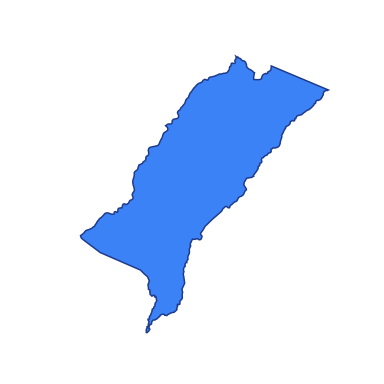 the district of Valle Viejo, Catamarca, Argentina, rotated 23°
{"feature_id": "61730980B26555197201604", "entity_name": "Valle Viejo", "entity_type": "district", "adm_level": 2, "iso_a3": "ARG", "parent_name": "Argentina", "parent_adm1": "Catamarca", "projection": "natural_earth1", "projection_center": [-65.688, -28.627], "detail": "fine", "context": "isolated", "style": "filled", "palette": "blue", "viewbox_px": 384, "rotation_deg": 23, "n_neighbors": 0, "source": "geoboundaries", "source_scale": "gbopen_adm2", "svg_char_len": 6027}
<svg xmlns="http://www.w3.org/2000/svg" viewBox="0 0 384 384"><g transform="rotate(23 192 192)"><path d="M242.1,152.2L242.9,149.4L242.9,148.8L243.2,148.4L243.7,145.0L243.6,144.2L243.2,143.4L242.9,142.9L243.6,141.9L243.8,141.3L243.9,140.7L243.3,139.5L243.4,138.9L243.6,138.6L244.4,138.1L244.4,136.7L243.2,135.0L243.1,133.6L244.2,132.4L244.4,131.9L244.4,131.6L245.2,130.0L245.6,129.7L246.1,129.0L246.9,128.3L246.9,127.2L247.8,125.6L248.5,125.4L249.1,124.3L249.0,123.4L248.3,122.8L248.2,121.7L248.5,121.5L249.6,119.5L251.2,119.1L253.3,117.4L254.1,116.0L254.3,115.3L254.2,112.5L253.8,112.2L253.7,111.9L253.6,110.2L253.4,109.4L253.3,106.7L252.8,105.4L252.4,104.9L252.5,103.4L252.7,102.9L252.7,98.8L253.1,97.5L253.2,96.1L252.8,95.5L253.7,94.1L254.2,93.7L254.9,92.7L255.4,91.5L255.5,90.2L255.1,89.4L255.1,88.8L256.7,86.9L257.5,86.9L258.4,86.5L258.5,86.2L258.1,84.4L258.8,84.0L258.8,81.7L259.0,81.0L260.8,79.3L262.7,78.0L263.5,76.2L263.8,75.5L264.7,74.3L265.0,73.4L265.8,72.4L266.4,71.3L267.4,70.7L267.6,70.4L267.7,69.7L268.1,69.4L268.6,68.5L270.1,64.8L270.1,63.5L270.0,63.2L270.2,62.9L270.6,62.8L271.0,62.0L271.0,61.5L270.6,61.0L270.8,59.5L271.5,58.5L272.5,58.4L272.8,57.8L273.6,57.3L274.4,55.6L274.4,54.9L274.7,53.9L274.6,52.9L274.8,52.1L274.8,51.1L274.4,50.2L274.3,49.3L274.3,48.8L274.6,47.5L274.9,47.1L275.4,46.8L275.7,45.7L277.1,45.6L277.1,45.3L277.6,44.8L215.7,45.0L216.4,46.8L216.9,48.9L216.4,50.0L214.8,52.2L215.2,52.9L214.7,54.0L213.4,54.1L211.9,55.7L211.3,57.1L211.4,59.7L211.7,60.6L210.8,61.7L209.8,62.4L206.5,63.8L204.8,64.3L204.3,62.9L204.0,62.8L202.9,57.8L202.5,58.0L200.8,57.2L198.2,56.6L196.0,56.5L193.5,55.5L192.2,53.2L190.8,52.0L190.7,51.7L189.1,51.0L187.1,51.4L185.3,50.8L185.0,50.4L184.3,50.3L183.9,50.5L183.2,50.5L181.8,49.9L181.4,49.9L181.4,50.4L179.5,50.0L179.8,50.3L180.3,51.6L180.4,52.3L180.1,53.5L180.2,54.6L181.1,55.6L181.3,56.1L181.1,56.8L180.3,57.4L179.0,57.5L178.4,57.8L178.0,58.4L178.0,58.9L178.6,60.5L178.2,61.4L177.8,61.8L178.0,63.3L178.3,63.8L178.4,65.4L178.1,66.4L177.7,68.3L176.1,69.8L175.2,70.1L173.9,71.0L173.0,71.9L171.2,72.6L170.0,74.0L167.4,76.6L165.1,78.4L163.8,79.1L163.0,80.2L162.8,82.9L162.2,83.1L160.1,83.2L159.4,83.7L158.5,85.0L158.5,85.9L158.1,87.0L156.9,88.4L155.9,89.2L154.7,91.1L153.5,94.8L153.0,95.9L152.5,98.8L151.6,101.9L151.6,105.3L151.8,105.7L151.5,107.1L151.0,107.6L150.4,109.8L150.7,112.8L150.6,113.9L150.0,115.4L149.8,116.7L148.9,118.8L148.8,119.6L148.9,120.8L148.5,121.6L147.7,122.7L147.5,123.5L147.6,124.6L148.3,125.5L149.9,126.8L150.3,128.6L150.0,129.8L148.3,131.2L147.2,131.7L146.4,132.5L145.9,134.0L146.4,135.1L146.6,136.3L146.5,137.2L145.2,138.1L143.6,138.6L142.8,139.6L141.8,141.3L144.2,142.2L145.4,143.9L145.4,145.0L143.6,147.7L143.0,148.8L142.9,150.3L143.3,154.0L142.9,156.1L142.9,161.0L142.3,162.7L136.0,167.2L135.4,168.1L135.2,169.4L135.5,170.8L136.9,172.9L137.4,174.8L137.3,175.4L136.0,177.1L136.0,178.0L136.2,178.8L136.7,179.6L136.7,181.5L135.4,183.1L135.1,185.2L132.6,187.9L133.0,192.1L132.9,193.1L131.7,195.1L131.4,195.8L131.3,197.0L132.1,198.5L132.7,200.8L133.0,204.1L133.5,205.9L135.1,208.5L136.4,209.9L138.3,212.7L138.3,214.2L137.8,216.4L138.0,217.6L138.2,218.3L139.7,219.6L140.0,220.4L140.1,221.6L139.4,222.9L138.3,223.8L138.0,224.6L138.0,226.0L137.8,227.3L136.3,229.4L134.9,229.2L134.2,229.4L133.7,229.7L133.3,230.4L133.3,231.7L133.7,233.8L133.6,234.2L132.5,234.5L130.8,235.7L130.6,236.4L130.7,237.3L131.2,238.4L131.3,239.0L131.2,239.8L130.7,240.0L129.6,239.9L128.9,240.1L128.3,241.0L128.7,242.0L128.7,242.9L126.7,243.9L123.1,244.0L121.3,244.8L120.3,245.7L119.1,249.3L118.2,251.3L117.2,252.7L117.1,254.1L116.4,255.7L116.2,258.3L115.7,260.1L115.8,261.1L115.7,261.7L114.9,262.4L114.1,264.2L111.8,266.9L110.2,268.1L109.2,269.3L108.9,270.3L108.7,271.5L107.7,273.6L106.4,275.7L107.9,277.5L110.4,278.4L131.2,283.6L175.1,284.0L179.9,286.0L184.3,287.4L186.2,289.4L187.3,290.3L187.6,290.7L187.4,291.5L187.7,292.2L187.6,294.1L187.9,294.9L189.6,297.6L189.8,298.5L191.7,298.8L192.2,300.6L193.1,301.7L193.5,302.7L195.0,303.1L195.8,303.5L197.0,302.0L198.0,301.8L198.2,302.0L198.4,303.0L199.0,303.2L199.5,303.0L199.8,302.6L200.4,303.2L200.9,304.1L201.1,304.8L202.1,306.0L202.0,307.2L201.6,308.3L201.7,309.8L202.4,311.2L201.8,313.0L202.2,314.1L201.2,315.4L201.8,317.5L202.0,321.9L201.5,322.9L201.6,324.0L202.1,324.4L202.4,324.9L202.0,326.0L201.3,326.1L201.4,326.9L202.0,327.3L203.1,328.5L203.4,329.2L203.3,330.7L203.7,331.0L203.8,331.5L203.8,331.8L204.0,332.7L203.8,333.5L203.2,333.8L203.9,335.0L203.6,335.8L203.8,336.9L204.4,338.2L204.8,339.2L205.6,339.0L206.6,336.6L206.8,334.7L205.6,334.2L205.0,332.1L205.0,331.2L206.3,329.3L205.8,327.8L205.8,326.1L206.3,325.2L206.9,324.7L207.7,324.4L209.0,322.9L211.0,318.7L211.0,317.7L212.4,316.1L214.0,315.5L214.9,316.1L217.1,315.6L217.6,314.4L219.1,312.5L220.5,311.0L222.6,309.6L224.1,306.2L223.5,305.4L223.5,304.2L223.2,303.7L223.3,302.5L222.7,302.0L222.5,301.5L222.9,300.7L223.8,300.9L224.6,300.0L224.4,299.1L223.9,298.4L223.6,296.5L224.4,295.2L224.5,293.3L222.9,289.9L222.6,288.0L220.7,285.4L220.9,278.8L217.9,273.8L215.9,270.8L215.7,268.4L214.7,267.4L214.3,265.9L214.1,264.9L214.3,264.0L214.7,263.5L214.7,263.0L214.1,262.5L214.2,261.7L213.8,261.1L213.8,260.1L214.2,259.3L214.8,259.0L214.2,258.1L214.6,255.2L214.1,254.7L213.5,253.3L213.4,251.8L213.5,249.3L211.8,245.4L211.9,242.1L211.1,241.8L210.9,240.5L210.4,239.2L210.8,238.6L210.8,235.2L212.0,234.9L213.6,234.1L215.1,232.8L216.7,233.2L218.0,232.9L218.9,231.5L218.6,229.0L217.9,228.2L217.2,228.1L216.2,227.3L216.2,226.0L217.0,222.7L217.5,218.1L218.4,216.4L220.9,210.2L226.6,198.5L226.9,197.3L226.8,195.9L228.2,192.8L228.8,192.0L230.1,191.9L231.0,192.3L232.3,192.2L232.7,191.5L232.5,190.2L233.0,188.7L234.1,186.8L234.6,185.3L236.8,182.7L237.0,179.3L237.5,178.1L239.2,176.5L240.4,174.3L240.4,170.4L241.2,168.9L240.8,167.8L239.7,167.2L238.3,166.2L237.1,165.4L236.3,162.9L236.9,158.1L237.3,157.6L238.2,157.3L238.6,156.8L239.9,156.1L240.4,155.6L241.1,155.4L241.7,154.7L242.0,153.9L242.7,153.3L242.3,152.9L242.1,152.2Z" fill="#3b82f6" stroke="#1e3a8a" stroke-width="1.5"/></g></svg>